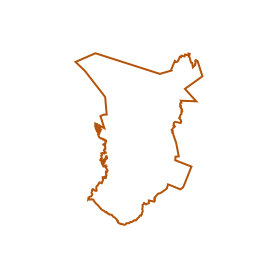 San Francisco de Conchos, Chihuahua, Mexico, rotated 22°
{"feature_id": "50627088B96714761413162", "entity_name": "San Francisco de Conchos", "entity_type": "district", "adm_level": 2, "iso_a3": "MEX", "parent_name": "Mexico", "parent_adm1": "Chihuahua", "projection": "albers", "projection_center": [-105.365, 27.581], "detail": "fine", "context": "isolated", "style": "outline", "palette": "amber", "viewbox_px": 256, "rotation_deg": 22, "n_neighbors": 0, "source": "geoboundaries", "source_scale": "gbopen_adm2", "svg_char_len": 5964}
<svg xmlns="http://www.w3.org/2000/svg" viewBox="0 0 256 256"><g transform="rotate(22 128 128)"><path d="M175.5,190.0L174.5,187.4L180.0,186.4L180.0,185.6L180.1,185.3L179.6,184.9L179.2,184.3L179.5,183.6L179.2,183.4L179.1,183.2L178.6,183.0L178.6,182.8L178.8,182.5L178.9,182.0L179.2,181.3L179.4,181.2L179.5,180.2L180.2,178.7L180.4,177.9L181.0,177.2L181.8,176.8L182.6,175.9L184.3,173.5L185.1,172.0L185.5,171.6L186.3,170.3L186.5,169.7L186.7,169.3L186.7,168.9L186.5,168.7L186.4,166.3L186.2,165.3L189.8,165.2L199.5,165.3L201.3,162.4L201.4,158.3L201.3,140.0L183.9,140.2L182.8,136.8L185.7,135.3L178.2,123.7L173.1,117.9L171.3,115.5L170.8,115.7L170.6,115.0L170.6,114.0L169.4,113.9L169.2,113.5L169.6,112.4L169.7,111.4L170.2,110.6L170.2,110.1L170.4,110.0L170.9,109.1L170.1,108.3L170.4,107.9L169.2,108.5L168.6,105.9L168.7,105.6L169.6,104.6L175.0,103.6L175.1,103.2L174.9,102.7L174.8,102.0L174.3,101.0L171.7,99.7L171.6,99.3L172.1,98.8L172.1,98.4L171.7,96.6L171.8,96.2L172.3,95.1L172.2,94.7L171.7,93.8L171.7,93.5L172.0,92.8L172.1,92.3L171.9,92.1L171.2,92.1L171.0,91.6L171.2,90.8L170.5,90.2L170.1,90.2L169.7,89.9L169.6,89.1L169.4,88.9L168.9,89.0L168.6,88.4L168.3,88.3L168.6,87.4L168.4,87.3L167.8,87.2L167.6,86.9L167.3,85.6L167.4,84.7L167.9,84.5L167.3,83.7L167.9,82.7L167.6,82.6L181.3,77.7L166.1,70.4L177.6,52.2L167.5,39.9L165.6,39.7L165.2,39.8L165.1,40.2L165.2,40.4L166.4,42.6L166.4,43.1L166.2,43.6L166.6,44.2L166.5,44.6L165.4,47.4L163.1,43.6L161.9,43.7L158.4,39.1L158.1,39.0L157.8,39.0L157.5,36.2L156.1,36.3L156.3,38.2L153.4,38.5L153.6,40.5L150.4,40.9L150.6,42.6L149.3,42.7L149.4,43.7L149.3,46.3L149.4,46.5L149.1,46.8L149.1,47.5L149.0,47.9L147.9,48.9L147.6,48.9L147.0,48.5L146.3,48.3L146.2,57.7L146.9,58.3L137.3,65.9L69.8,70.9L54.6,86.4L66.5,91.1L95.2,107.8L103.2,123.5L100.2,124.9L98.0,127.3L106.1,137.0L96.0,136.1L96.2,136.6L96.6,136.7L97.4,136.3L97.4,136.5L96.9,137.0L97.1,137.3L96.7,137.6L96.9,138.7L97.1,139.0L97.7,138.9L99.3,137.4L99.2,137.9L98.5,139.1L98.2,140.2L98.3,140.4L98.7,140.5L99.1,140.2L99.3,140.5L99.1,140.8L99.1,141.2L99.8,141.3L99.9,142.0L100.1,142.2L100.2,142.5L100.6,142.9L100.9,142.9L101.1,142.6L100.9,141.8L101.1,140.9L101.0,140.5L101.1,139.4L100.7,138.5L100.8,138.0L100.9,138.5L101.2,138.6L101.5,138.2L101.8,138.0L101.4,139.0L101.6,140.0L102.0,139.7L102.1,139.4L102.5,139.3L102.8,138.7L102.8,139.3L102.7,139.8L102.0,140.3L101.6,141.2L101.8,141.6L102.0,141.7L102.7,141.1L102.9,140.1L103.3,139.5L103.5,139.5L103.4,140.5L103.5,141.2L103.2,141.2L102.3,142.6L102.3,142.9L102.3,143.1L102.5,143.1L103.2,142.6L103.4,143.6L102.7,143.9L102.7,144.1L103.0,144.4L102.8,144.6L102.5,144.7L102.4,144.9L102.8,145.4L103.4,145.6L103.9,146.7L104.6,147.1L105.2,147.5L106.4,147.9L107.3,147.4L108.3,147.6L108.8,148.1L109.2,148.2L109.6,148.1L109.6,147.6L110.1,147.6L111.1,148.1L111.4,147.7L112.1,147.8L112.8,148.4L112.8,148.6L112.5,149.1L112.8,148.9L112.2,149.3L112.3,149.6L112.6,150.0L112.8,150.2L112.9,150.7L112.4,151.2L112.4,151.4L111.3,152.3L111.2,152.6L111.4,152.7L111.9,152.2L112.2,152.3L112.7,152.1L112.9,152.2L112.8,152.5L112.6,152.6L113.5,153.2L113.7,153.5L113.6,153.8L113.9,154.1L114.6,155.1L114.4,155.7L114.6,155.9L114.4,156.1L114.6,156.4L114.2,156.7L114.1,156.9L114.1,157.6L114.2,158.1L114.6,158.2L114.9,158.2L115.5,158.6L116.2,159.2L116.6,159.1L116.7,159.3L115.8,159.9L115.7,160.4L115.1,160.6L114.3,160.5L113.6,160.8L112.8,161.5L113.8,162.6L113.7,162.9L113.9,163.0L114.0,163.2L113.6,163.7L115.0,165.9L114.3,166.8L114.3,167.3L114.8,167.5L114.4,168.0L114.5,168.3L115.6,168.1L115.9,168.7L116.4,168.4L116.5,167.8L116.8,167.7L117.3,167.4L117.1,166.6L117.7,166.5L118.6,164.3L118.2,163.1L118.4,162.2L118.7,162.2L118.9,162.5L119.1,162.6L119.4,163.0L119.1,163.3L119.7,163.5L119.9,164.0L118.7,166.5L118.7,167.7L119.0,167.7L119.0,168.5L118.5,168.7L118.9,169.3L118.1,170.1L117.5,169.8L116.9,170.4L117.7,171.3L118.5,171.0L118.8,171.4L118.6,171.6L119.1,172.3L119.3,172.0L120.4,171.5L120.1,172.1L120.2,172.4L120.4,172.2L120.6,172.3L120.8,171.6L121.8,171.9L121.9,171.7L122.4,171.7L122.2,172.2L122.2,172.8L123.7,174.1L124.5,174.6L125.1,175.3L124.8,176.6L123.9,176.7L124.1,177.4L124.4,178.0L124.7,178.0L125.2,178.8L125.1,179.0L125.2,179.5L125.9,180.2L125.8,180.7L125.2,181.3L125.0,181.6L125.2,181.8L126.1,182.0L126.2,182.3L125.9,182.9L125.3,183.1L124.6,183.0L123.8,182.7L123.3,182.8L122.9,183.1L124.1,185.2L124.4,185.6L124.3,186.8L124.2,187.6L124.5,188.7L124.4,189.1L122.2,189.0L121.9,189.1L121.9,190.5L121.5,191.2L121.4,192.8L120.8,193.6L120.7,194.1L121.0,195.5L121.3,196.0L121.6,196.3L122.1,197.2L122.3,198.0L121.9,198.3L121.0,198.4L119.9,198.3L118.8,197.8L118.3,197.8L118.0,198.0L118.0,199.0L118.3,200.1L118.3,200.8L118.5,201.7L118.7,202.1L119.6,202.7L119.9,203.6L119.5,205.1L118.4,205.9L118.1,206.7L117.4,207.2L117.9,209.1L118.2,208.5L118.7,208.4L119.1,208.6L119.4,208.7L119.7,208.4L120.2,208.3L120.6,208.1L120.7,207.8L121.2,207.6L122.7,207.5L123.1,207.7L123.4,208.1L125.6,209.5L127.6,210.4L128.9,210.8L132.6,212.8L133.3,213.0L133.6,213.3L134.5,213.6L137.0,213.9L138.8,214.5L139.3,214.1L139.7,214.1L140.1,214.2L140.8,214.9L141.4,214.9L142.0,214.6L143.2,215.2L145.0,214.6L145.8,214.7L146.0,215.0L147.3,215.6L149.4,216.1L151.7,216.9L152.2,217.3L152.6,218.0L152.9,218.1L153.4,217.9L153.6,218.0L153.8,218.2L154.0,219.0L154.3,219.4L155.0,219.7L155.7,219.6L157.0,219.8L157.3,219.5L158.0,219.3L159.1,219.4L159.8,219.2L160.5,219.2L161.0,219.1L161.9,218.4L162.0,217.3L162.5,216.7L162.8,216.5L163.4,216.5L164.7,215.8L164.9,215.3L164.9,214.9L165.1,214.6L165.7,214.2L166.0,214.2L166.9,213.6L167.3,212.9L168.3,211.4L168.8,211.0L169.6,210.9L170.0,210.6L170.2,210.3L170.1,209.8L170.8,208.4L170.9,207.8L171.5,206.7L171.7,206.0L171.7,205.5L171.8,205.0L172.2,204.3L172.9,204.2L172.8,203.8L173.2,203.0L173.1,202.2L172.7,201.5L172.9,200.4L172.8,199.6L172.5,198.9L171.5,197.8L171.4,197.2L171.5,196.8L171.4,196.4L171.1,195.6L170.4,194.3L170.4,193.9L170.8,193.2L170.9,192.5L170.9,191.5L171.1,191.4L173.1,192.2L173.5,191.8L173.7,191.4L175.5,190.0Z" fill="none" stroke="#b45309" stroke-width="2"/></g></svg>